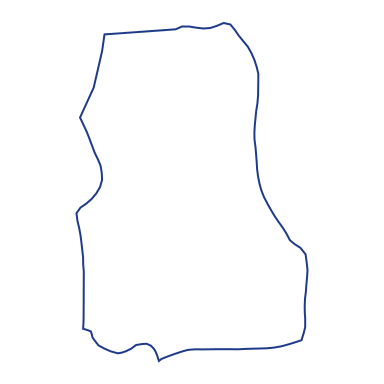 the district of Habban, Shabwah, Yemen
{"feature_id": "15242507B21238216413190", "entity_name": "Habban", "entity_type": "district", "adm_level": 2, "iso_a3": "YEM", "parent_name": "Yemen", "parent_adm1": "Shabwah", "projection": "orthographic", "projection_center": [47.137, 14.306], "detail": "fine", "context": "isolated", "style": "outline", "palette": "blue", "viewbox_px": 384, "rotation_deg": 0, "n_neighbors": 0, "source": "geoboundaries", "source_scale": "gbopen_adm2", "svg_char_len": 1632}
<svg xmlns="http://www.w3.org/2000/svg" viewBox="0 0 384 384"><path d="M158.9,361.0L161.4,359.0L167.8,356.4L174.5,354.0L181.1,351.8L187.7,349.9L190.1,349.7L195.3,349.3L202.6,349.4L209.5,349.3L216.5,349.2L223.3,349.2L230.9,349.2L238.3,349.3L245.5,348.9L252.4,348.7L259.8,348.5L266.7,348.3L273.9,347.6L281.4,346.3L288.7,344.3L295.5,342.2L301.5,340.2L303.6,333.5L305.2,327.2L305.2,318.3L304.8,312.8L304.7,305.9L305.0,298.8L305.9,291.5L306.4,284.5L307.1,277.0L307.5,269.9L306.7,262.6L305.6,254.4L300.5,247.9L294.6,244.1L289.9,240.2L286.5,233.7L282.7,227.6L278.5,221.8L274.5,215.9L271.0,210.0L267.3,203.4L264.0,197.1L261.4,190.5L259.4,183.3L258.0,176.0L257.1,169.1L256.7,162.2L256.1,154.4L255.5,147.2L254.5,139.6L254.4,132.3L254.8,125.3L255.5,118.0L256.2,111.1L257.4,103.5L258.1,95.3L258.2,87.8L258.3,80.9L258.3,73.7L256.7,67.0L254.4,59.9L251.5,53.3L247.9,46.8L243.3,41.2L238.8,35.7L234.9,30.0L230.4,24.5L223.6,23.0L217.0,25.8L210.3,28.0L203.5,28.5L196.4,27.7L189.1,26.5L182.0,26.5L175.7,29.3L104.5,34.4L102.1,51.1L93.7,87.6L80.0,117.6L80.7,118.9L83.7,125.3L86.7,131.7L89.3,138.3L92.0,145.5L94.6,152.5L97.8,159.1L100.5,165.5L101.7,172.4L102.1,179.8L100.1,186.9L96.4,193.3L91.6,199.0L86.3,203.6L80.5,207.6L76.5,213.2L77.4,220.6L79.1,227.7L80.5,235.2L81.4,242.3L82.2,249.4L83.1,257.4L83.2,264.4L83.8,271.8L83.6,317.7L83.5,322.5L83.1,328.8L85.3,329.4L88.1,330.3L90.8,331.4L91.9,334.6L92.5,337.4L94.2,339.9L98.4,345.3L104.6,348.7L110.6,351.3L117.7,353.3L121.9,352.6L126.0,351.2L131.0,348.8L136.1,345.0L142.4,344.0L146.7,343.8L150.9,345.7L153.9,348.8L155.5,351.5L157.1,355.3L158.9,361.0Z" fill="none" stroke="#1e3a8a" stroke-width="2"/></svg>